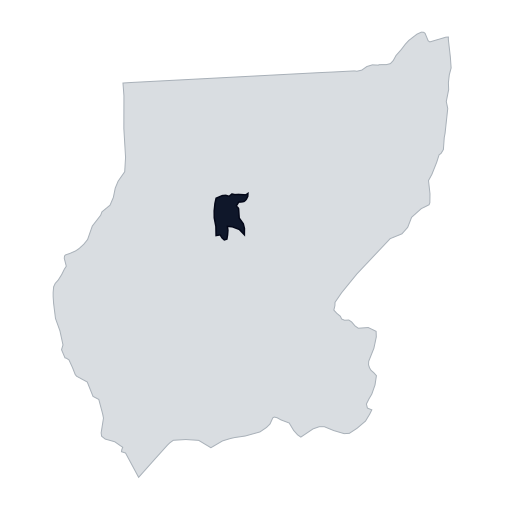 location of Luweero within Uganda, rotated 177°
{"feature_id": "UGA-3092", "entity_name": "Luweero", "entity_type": "County", "adm_level": 1, "iso_a3": "UGA", "parent_name": "Uganda", "parent_adm1": "", "projection": "albers", "projection_center": [32.54, 0.844], "detail": "fine", "context": "in_parent", "style": "filled", "palette": "ink", "viewbox_px": 512, "rotation_deg": 177, "n_neighbors": 0, "source": "natural_earth", "source_scale": "10m", "svg_char_len": 2824}
<svg xmlns="http://www.w3.org/2000/svg" viewBox="0 0 512 512"><g transform="rotate(177 256 256)"><path d="M379.8,435.7L371.5,435.8L358.1,435.8L344.6,435.8L331.2,435.8L317.7,435.8L304.3,435.8L290.8,435.8L277.4,435.8L263.9,435.8L250.5,435.8L237.0,435.8L223.6,435.8L210.1,435.8L196.7,435.8L183.2,435.8L169.8,435.7L156.3,435.7L148.4,435.7L146.8,435.5L145.7,435.2L140.6,436.1L135.4,439.4L129.8,440.8L123.8,440.2L123.1,440.6L120.0,440.5L115.7,440.3L111.7,441.1L108.7,444.0L105.6,449.0L100.1,454.6L95.8,459.7L92.1,463.3L83.7,469.1L79.1,470.9L76.8,470.6L75.5,469.5L72.8,461.9L71.2,460.7L54.9,464.6L52.4,464.6L52.6,462.3L51.5,444.5L51.3,433.6L53.5,426.8L54.8,419.0L54.9,412.1L57.9,400.3L56.8,393.2L60.8,368.5L61.8,364.5L63.3,352.5L65.8,348.8L67.9,347.4L70.7,340.0L76.1,328.3L79.8,322.3L79.0,309.0L79.6,300.1L80.5,298.1L88.4,294.7L98.6,286.5L103.0,276.7L109.1,270.5L120.9,266.4L121.0,266.4L156.1,232.9L172.4,214.9L179.5,205.6L179.8,202.3L181.1,197.9L178.3,194.5L174.9,191.4L173.8,188.6L170.9,187.2L166.7,187.2L163.9,185.1L160.8,181.0L157.6,178.5L147.7,178.7L140.0,174.5L140.1,168.9L143.1,157.7L149.0,144.9L149.3,141.4L148.5,138.4L147.1,135.8L144.4,133.2L142.0,130.2L143.9,121.0L147.6,112.0L150.6,107.5L153.5,102.4L152.7,98.3L148.4,96.3L150.7,92.2L155.3,85.4L164.2,78.6L172.1,74.0L177.3,74.0L187.5,77.6L196.8,82.0L201.8,82.2L208.0,80.4L220.7,72.8L223.8,75.2L227.5,79.8L231.6,87.5L239.6,91.0L243.4,93.4L246.2,94.2L247.7,93.5L250.8,87.5L254.5,84.2L261.3,80.1L276.2,76.8L287.0,75.8L291.5,75.0L299.1,73.1L311.1,66.9L322.9,74.9L335.7,76.4L348.2,76.3L351.9,73.9L354.1,72.0L367.2,58.9L384.8,41.1L396.6,66.1L400.6,67.6L400.1,69.8L399.1,71.9L406.8,77.9L416.2,81.1L419.6,84.1L419.9,87.5L416.8,102.1L417.4,106.3L420.5,121.0L426.1,124.3L431.1,139.0L441.3,145.2L442.7,147.0L445.1,154.2L448.2,162.0L450.6,163.8L452.1,164.3L455.1,172.6L453.4,177.3L455.7,191.5L459.5,204.1L460.6,219.3L460.7,226.0L460.5,230.1L459.7,235.8L457.9,239.2L454.7,242.4L451.1,247.5L448.0,253.0L446.0,255.7L447.6,263.8L447.2,266.0L446.3,267.0L441.8,268.3L435.9,270.5L432.3,272.7L427.3,276.8L423.3,281.3L417.9,294.5L409.0,304.8L407.5,308.2L399.1,314.4L395.4,321.9L393.0,331.2L389.8,337.9L382.7,347.0L381.1,361.4L381.3,390.1L379.5,422.9L379.8,435.7Z" fill="#d9dde1" stroke="#a8b0b8" stroke-width="1"/><path d="M286.8,273.7L288.9,275.8L290.7,279.0L294.8,278.5L294.5,287.5L295.7,296.3L295.4,303.3L294.2,310.8L292.8,315.8L286.5,318.1L283.0,318.2L279.7,317.0L276.8,319.2L273.9,318.4L270.2,318.4L263.1,317.6L261.9,318.2L260.8,318.9L261.1,316.0L262.6,313.3L263.7,312.1L265.1,311.1L266.9,310.8L268.7,310.7L270.2,310.8L271.0,310.0L271.9,308.6L272.9,307.4L272.5,306.2L271.5,305.3L270.9,304.1L270.8,294.8L267.0,288.8L266.1,284.1L266.5,277.8L271.3,283.4L278.1,286.4L283.0,287.1L282.7,283.2L283.3,278.5L284.2,274.4L286.8,273.7Z" fill="#0f172a" stroke="#020617" stroke-width="1.5"/></g></svg>